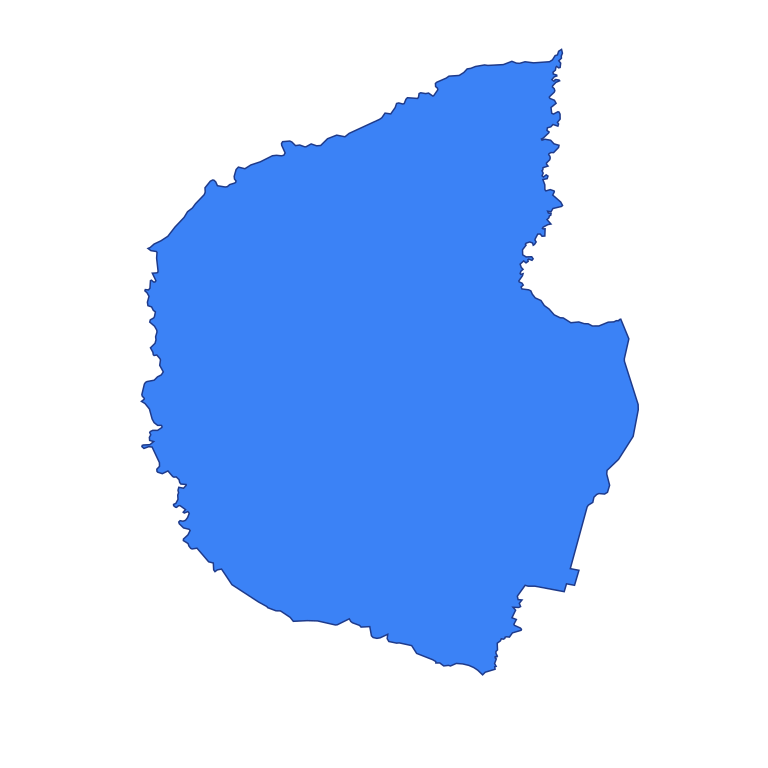 the district of Makueni, Eastern, Kenya, rotated 261°
{"feature_id": "3690345B23299491685856", "entity_name": "Makueni", "entity_type": "district", "adm_level": 2, "iso_a3": "KEN", "parent_name": "Kenya", "parent_adm1": "Eastern", "projection": "robinson", "projection_center": [37.731, -1.955], "detail": "fine", "context": "isolated", "style": "filled", "palette": "blue", "viewbox_px": 768, "rotation_deg": 261, "n_neighbors": 0, "source": "geoboundaries", "source_scale": "gbopen_adm2", "svg_char_len": 6150}
<svg xmlns="http://www.w3.org/2000/svg" viewBox="0 0 768 768"><g transform="rotate(261 384 384)"><path d="M153.6,298.3L153.5,300.2L157.5,313.0L154.7,314.0L153.1,315.5L149.4,322.1L147.5,323.3L146.6,332.0L137.3,332.2L135.3,333.6L133.9,337.2L133.9,340.5L136.2,348.5L132.0,347.3L128.9,348.5L126.1,355.9L125.9,358.6L121.3,370.4L112.8,374.1L104.1,388.9L101.8,391.7L100.3,391.6L99.8,395.4L96.2,398.9L96.0,403.7L95.1,405.5L96.7,411.7L95.2,418.0L92.8,423.8L89.9,428.3L86.7,431.8L81.3,435.9L83.5,438.9L84.9,449.1L87.4,449.1L87.6,450.6L90.6,449.5L94.9,451.9L95.9,451.0L97.1,451.0L97.4,451.9L96.8,452.7L97.4,453.4L100.6,452.4L102.4,452.8L103.6,454.5L110.3,455.3L112.1,458.8L114.0,460.0L113.3,462.1L113.8,463.5L114.9,463.9L115.2,465.5L114.4,468.3L118.1,471.9L119.3,480.9L120.2,481.4L121.6,480.6L125.2,475.1L126.4,474.7L130.7,477.9L133.1,473.8L140.0,478.6L143.3,476.5L142.2,482.1L142.8,484.1L146.2,483.3L149.1,486.5L150.1,482.7L153.6,482.5L163.1,491.9L161.8,494.7L160.7,501.4L150.7,529.5L158.1,533.0L155.4,540.7L169.5,547.4L172.5,539.1L230.8,565.4L232.4,566.9L234.4,571.7L239.3,573.6L241.6,576.8L242.2,579.1L240.8,584.7L242.1,587.8L248.7,591.0L260.3,589.9L263.8,590.8L272.9,603.9L293.3,621.9L318.8,631.1L324.0,631.8L368.9,625.0L371.3,625.3L390.3,632.9L411.0,628.0L410.8,626.6L409.8,625.7L410.2,623.3L409.4,620.8L410.0,615.1L407.7,605.3L408.7,598.9L411.5,595.1L412.3,591.1L414.8,586.1L415.3,578.1L421.2,571.4L421.9,568.3L425.7,562.9L432.2,558.8L436.4,554.6L441.9,552.1L445.4,546.8L449.6,544.5L453.0,543.6L454.4,541.6L456.3,535.1L458.4,534.6L459.9,537.0L462.0,536.1L463.7,533.5L464.7,533.3L469.3,537.7L471.2,538.6L470.9,536.2L471.8,535.7L474.0,536.9L475.5,539.3L477.7,537.8L481.1,537.2L483.7,541.2L481.4,543.2L482.6,545.6L484.2,545.5L484.7,546.5L483.0,549.5L484.3,550.9L486.6,549.8L487.3,544.2L489.9,541.2L494.9,541.8L498.9,546.0L500.0,545.5L500.9,546.5L501.5,550.2L500.0,552.8L497.7,553.1L498.3,554.5L500.5,556.5L502.6,555.6L503.9,556.2L508.0,559.3L507.7,561.8L505.2,563.2L505.0,566.0L512.1,567.4L512.3,565.4L512.9,564.8L514.0,565.7L515.8,570.8L515.9,573.9L520.9,570.7L522.3,572.8L524.2,573.7L524.6,575.1L526.3,575.7L527.1,573.1L529.1,572.6L528.0,575.9L530.9,578.3L531.6,587.1L532.4,588.3L536.1,587.0L544.2,580.2L547.2,582.3L548.1,582.2L550.0,578.6L549.4,574.1L550.8,573.3L555.6,574.0L561.1,572.9L561.3,577.3L563.7,578.5L565.2,576.9L563.5,573.8L564.9,572.7L567.4,574.2L569.9,573.4L570.7,574.4L572.8,574.9L573.6,580.1L575.7,578.9L576.8,579.0L579.6,582.8L581.2,583.5L583.0,583.5L584.8,582.5L585.6,582.9L586.5,585.0L586.0,587.7L590.3,593.4L592.4,594.2L594.6,589.5L598.7,586.7L600.6,581.2L600.1,578.2L601.4,577.8L602.0,579.8L606.3,586.0L607.1,586.5L609.0,584.6L611.5,585.5L611.9,589.0L613.9,591.5L611.5,596.1L613.5,597.1L615.3,596.2L618.1,599.4L623.0,600.1L625.2,599.4L625.7,598.4L624.1,593.6L625.2,592.0L631.0,592.2L634.3,597.9L637.6,596.7L640.0,592.7L641.0,592.1L641.8,592.3L645.5,597.7L646.9,598.6L649.1,598.3L651.0,596.8L652.1,597.2L655.0,601.0L656.0,604.9L656.8,604.5L657.8,601.5L657.9,600.6L656.8,600.1L656.6,599.0L658.4,597.4L660.8,600.3L661.2,602.9L662.1,602.9L663.7,599.7L665.5,599.7L667.2,602.4L669.9,603.3L670.7,604.2L668.9,606.0L669.1,607.5L673.3,608.7L675.9,607.2L678.0,610.2L680.2,610.4L682.8,612.0L686.7,611.7L685.3,608.5L681.9,606.8L681.6,604.4L677.8,601.1L676.4,597.9L677.8,582.0L680.2,573.7L679.5,568.1L680.2,565.0L682.7,560.8L680.8,551.8L682.4,536.4L683.4,533.2L683.3,524.0L682.2,519.2L682.2,515.4L679.2,511.6L677.0,506.5L677.9,496.3L676.4,493.3L673.8,483.3L672.8,481.8L669.7,481.5L667.8,483.1L666.2,483.2L660.9,478.1L660.8,477.2L664.4,473.5L664.3,470.6L665.9,465.8L665.4,464.1L661.8,462.9L660.8,461.8L663.1,451.9L661.8,450.2L657.8,447.8L657.6,446.4L659.3,442.5L659.1,440.3L655.3,438.3L649.7,432.9L651.4,427.4L647.3,423.5L646.1,421.0L637.0,388.8L634.3,384.1L637.2,376.2L635.1,366.6L629.5,358.8L629.8,354.7L632.5,349.6L630.5,344.0L630.7,342.7L633.2,338.2L633.3,333.9L637.4,330.9L638.7,329.0L639.2,321.8L637.6,320.4L635.7,320.3L627.7,322.5L625.6,320.8L625.4,318.4L626.7,313.6L626.9,309.5L622.8,296.6L621.2,286.8L618.4,280.3L621.0,274.1L619.0,271.5L612.5,268.5L609.8,268.4L607.7,269.6L606.3,269.0L605.8,267.7L605.1,262.8L603.4,260.1L603.4,258.0L605.9,250.5L610.0,249.4L611.9,247.9L612.3,246.7L611.5,244.2L605.8,237.9L601.4,237.4L599.1,236.0L591.5,226.0L587.8,222.3L584.9,216.9L579.8,212.6L571.8,202.2L563.7,193.6L560.3,186.0L558.2,178.8L555.4,174.4L554.8,172.1L552.2,174.6L550.5,179.8L549.5,180.4L543.9,179.1L530.8,178.5L529.5,177.9L529.3,176.7L529.7,172.5L521.6,174.9L520.5,173.6L520.8,172.4L522.9,170.6L522.6,169.5L515.2,167.8L513.8,166.1L514.6,163.0L513.4,162.4L511.2,164.2L507.4,165.6L501.8,163.1L498.3,163.1L496.5,166.5L492.8,167.7L491.0,169.5L486.4,167.8L485.3,166.9L483.9,163.2L481.8,162.3L477.0,166.4L472.7,168.0L470.8,167.9L466.4,165.8L463.3,165.7L460.0,164.2L456.3,159.0L451.5,160.7L449.0,160.7L448.1,161.4L448.2,164.1L444.2,166.6L442.8,167.0L437.5,165.4L430.5,167.9L427.8,165.4L426.5,161.4L423.7,157.6L423.5,150.3L422.9,148.7L421.4,147.3L411.5,143.2L409.9,143.3L407.3,145.0L406.4,144.7L404.8,141.7L402.1,144.9L396.0,148.4L385.7,149.5L381.8,150.9L378.5,154.0L378.0,157.6L377.0,158.1L375.8,157.8L373.6,153.1L374.4,148.3L373.6,145.7L372.7,145.0L370.3,145.7L368.0,143.9L364.9,143.7L363.2,147.5L360.7,143.3L361.4,136.9L361.2,135.6L360.0,135.1L357.9,136.8L358.9,141.8L358.0,145.1L341.5,149.9L337.8,149.4L335.4,146.3L333.3,146.1L332.3,146.7L330.1,151.0L331.9,157.0L325.7,160.8L324.9,161.9L324.7,164.3L321.6,166.6L318.7,166.8L317.0,167.7L315.7,172.8L314.8,172.7L312.4,169.7L314.1,165.2L311.3,163.9L308.7,164.1L306.6,162.9L302.3,162.5L298.7,159.8L298.0,157.3L296.7,157.2L294.9,158.8L294.6,159.8L295.9,162.0L295.8,163.5L291.0,168.3L288.8,165.6L287.8,166.6L288.7,170.3L286.7,171.4L282.8,169.1L280.4,166.6L279.9,164.0L280.9,161.2L279.8,159.7L278.0,159.9L273.2,163.5L271.0,168.8L269.6,169.6L265.6,166.7L262.3,161.7L260.7,161.3L257.1,165.5L254.4,166.0L251.9,167.4L251.1,168.6L251.1,173.6L235.8,183.0L233.9,187.4L227.1,186.7L225.1,187.7L226.5,190.3L226.6,194.6L209.6,202.4L188.3,226.0L182.5,233.5L181.3,234.1L176.9,241.8L176.1,246.2L168.2,254.8L163.8,257.3L162.3,271.1L160.4,281.3L153.6,298.3Z" fill="#3b82f6" stroke="#1e3a8a" stroke-width="1.5"/></g></svg>